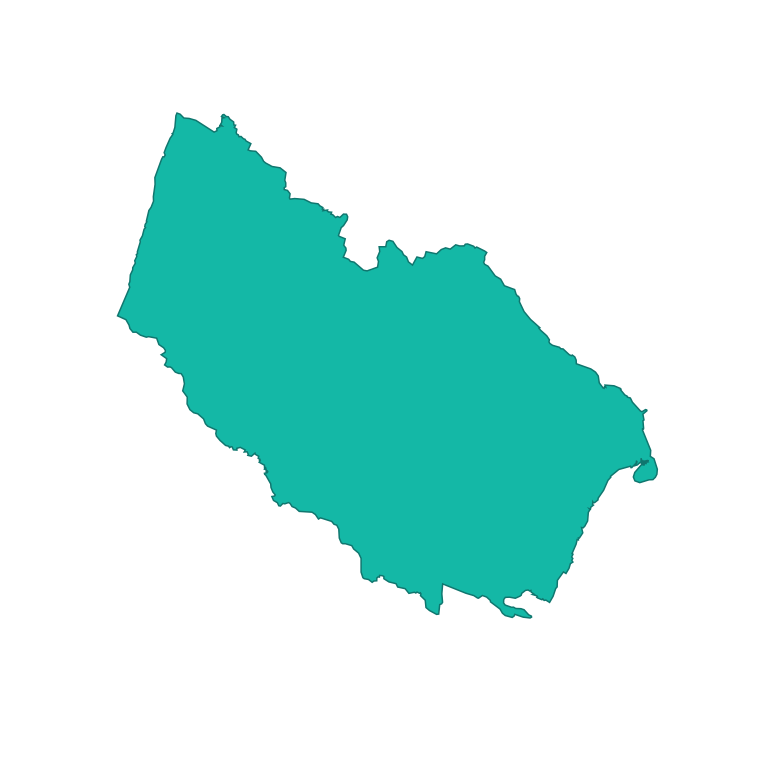 outline of Pamekasan, Jawa Timur, Indonesia, rotated 290°
{"feature_id": "22746128B37926964335633", "entity_name": "Pamekasan", "entity_type": "district", "adm_level": 2, "iso_a3": "IDN", "parent_name": "Indonesia", "parent_adm1": "Jawa Timur", "projection": "natural_earth1", "projection_center": [113.504, -7.071], "detail": "fine", "context": "isolated", "style": "filled", "palette": "teal", "viewbox_px": 768, "rotation_deg": 290, "n_neighbors": 0, "source": "geoboundaries", "source_scale": "gbopen_adm2", "svg_char_len": 6159}
<svg xmlns="http://www.w3.org/2000/svg" viewBox="0 0 768 768"><g transform="rotate(290 384 384)"><path d="M567.8,96.8L564.9,96.7L553.7,99.7L547.7,100.0L546.8,99.3L546.2,100.2L541.9,99.0L531.6,98.3L526.2,98.3L524.3,100.1L522.2,99.7L521.9,98.5L519.2,98.1L499.6,98.1L493.3,100.6L481.1,103.2L477.0,104.9L470.4,104.7L466.7,103.7L455.7,105.0L455.3,105.7L452.3,105.0L450.0,105.4L449.4,106.4L447.4,105.6L440.6,106.3L435.7,105.5L434.2,106.4L423.8,107.0L422.2,107.8L420.9,107.0L419.3,108.1L414.6,107.6L412.5,109.0L407.4,108.1L405.2,108.8L399.8,108.3L393.2,110.2L390.5,110.1L387.9,112.0L356.9,110.3L356.2,119.5L352.1,124.3L349.2,126.3L346.8,130.4L348.0,133.5L346.6,138.4L346.7,144.6L348.0,146.6L349.3,154.7L344.1,159.0L342.7,164.5L340.9,167.0L339.0,167.5L335.3,164.6L333.5,171.1L330.0,171.8L326.9,171.3L325.9,174.8L326.9,177.3L326.6,178.9L323.8,183.8L323.7,187.4L324.4,189.9L321.9,193.0L315.9,196.4L308.7,197.2L304.4,203.6L297.9,205.8L293.5,210.4L291.9,215.0L292.3,219.2L289.5,226.4L285.6,229.8L284.1,232.6L283.4,242.3L279.9,242.9L277.7,244.4L274.9,249.2L272.1,256.1L272.4,259.3L271.4,260.6L272.8,261.7L272.9,262.9L270.6,265.0L271.6,268.4L273.2,267.7L275.3,270.6L274.6,276.2L272.3,275.9L273.5,278.5L271.6,280.5L270.4,280.4L270.8,284.1L274.9,286.4L273.9,287.2L273.2,291.0L271.1,291.2L270.8,293.2L269.8,293.0L269.5,293.9L267.8,293.4L266.8,299.4L263.9,300.6L264.9,301.2L264.5,301.8L263.1,301.0L263.1,302.7L261.3,303.3L262.4,304.2L261.8,304.8L260.6,304.5L259.2,302.2L258.3,302.8L257.9,304.1L251.4,311.7L248.1,313.2L244.5,316.5L242.6,319.7L241.3,319.5L239.9,317.1L236.8,320.0L236.0,324.4L233.6,326.8L233.9,328.4L237.1,329.8L237.5,331.8L239.9,334.8L239.7,336.5L237.4,339.5L237.2,343.3L235.3,347.9L238.9,360.1L237.9,364.2L234.7,368.6L236.5,370.1L237.0,381.8L235.1,385.0L235.2,387.9L232.1,391.2L223.9,394.7L220.2,398.1L219.8,399.9L220.7,402.2L221.1,409.0L218.6,411.9L216.4,418.0L212.3,422.1L199.4,426.8L194.8,430.4L194.3,432.0L195.0,436.3L193.6,440.7L195.4,441.9L196.6,444.5L199.2,443.6L200.7,444.4L201.0,445.7L202.6,445.3L203.3,448.0L203.1,449.7L201.0,450.5L199.7,456.3L200.5,463.6L197.9,466.3L198.9,473.9L195.8,479.0L198.7,483.8L198.5,485.4L199.8,486.2L199.5,489.0L200.2,489.6L199.4,490.5L197.6,490.7L194.9,496.7L188.3,499.9L186.7,504.2L185.5,512.2L186.5,514.1L195.8,511.8L197.1,513.3L198.9,513.7L206.6,510.1L216.2,507.5L215.4,532.5L215.9,540.8L214.9,545.0L215.1,546.1L218.9,548.8L218.9,553.3L217.0,557.9L215.7,558.6L212.2,570.0L209.1,573.7L207.9,577.1L208.5,584.3L210.3,585.6L212.3,585.7L212.5,594.5L214.1,601.3L215.4,602.4L216.3,601.9L216.6,598.9L219.8,592.8L219.7,589.5L218.1,584.5L218.6,582.1L217.8,580.2L217.7,573.5L219.1,571.3L222.4,570.2L225.0,571.0L226.6,574.8L227.6,580.7L231.1,584.3L232.5,585.2L234.4,585.0L238.5,587.6L239.7,589.9L239.3,591.9L240.2,592.6L238.8,593.5L237.8,596.9L237.0,595.8L237.2,600.1L236.8,600.8L235.8,600.5L235.5,601.6L235.3,606.2L236.4,606.7L235.4,608.5L236.3,610.0L235.4,614.3L242.3,615.5L250.5,615.3L252.5,616.1L258.8,614.1L268.8,616.9L268.2,619.8L274.1,620.9L278.9,620.6L281.3,622.4L282.5,620.8L284.6,621.1L285.6,619.5L288.7,619.8L288.9,618.7L299.2,619.3L303.9,618.7L304.0,620.0L305.9,619.3L306.1,620.3L312.1,621.7L316.7,618.7L316.9,620.3L319.0,621.3L324.9,622.2L333.3,619.9L336.4,620.5L337.0,619.5L337.0,620.8L339.0,620.5L341.8,622.2L342.0,621.2L344.7,620.5L344.0,621.4L344.6,622.5L348.2,624.7L350.0,624.3L359.2,626.7L370.0,627.4L374.0,629.0L374.7,628.4L384.0,633.9L391.1,643.8L389.9,644.7L390.2,645.4L395.2,647.7L397.0,648.1L398.2,647.2L397.4,648.4L393.3,648.0L394.6,649.7L399.0,652.1L402.2,651.0L400.1,652.5L397.5,652.5L400.4,653.7L400.1,654.3L402.3,657.8L402.4,659.1L399.4,654.2L399.0,654.2L400.9,657.5L400.8,658.2L399.4,655.9L398.8,658.1L398.8,655.5L397.8,654.1L397.9,656.5L397.2,654.9L396.9,656.7L396.4,653.6L386.7,649.9L381.9,650.1L378.8,652.9L378.8,658.1L384.6,665.8L386.1,669.4L389.2,670.9L392.5,671.3L397.4,670.0L406.1,663.3L407.1,659.0L412.9,657.3L429.1,642.7L430.3,642.3L430.4,643.2L431.2,643.1L438.0,639.9L439.1,640.6L444.2,637.6L448.8,640.2L449.5,639.7L449.4,638.5L446.2,635.9L446.3,634.2L451.9,623.6L455.1,620.3L454.9,617.2L455.7,616.7L456.1,614.0L459.5,608.2L460.2,608.5L460.7,607.4L461.0,600.8L458.6,592.1L456.8,593.5L456.9,592.1L455.2,592.3L455.2,591.2L458.7,585.9L464.8,582.6L467.5,578.7L468.9,573.2L468.8,557.8L472.2,556.4L474.7,554.0L475.6,551.0L474.7,550.4L474.9,548.0L478.2,540.3L477.6,538.1L478.5,536.3L478.0,529.2L478.8,526.0L480.0,524.6L482.1,524.3L485.0,520.4L488.1,512.7L489.5,510.4L490.2,511.1L494.8,499.6L499.9,490.9L507.6,483.1L510.6,482.3L512.4,480.4L512.2,479.3L513.8,477.2L517.4,474.5L517.5,463.5L522.4,457.8L523.6,451.5L530.3,441.5L530.9,437.6L532.5,436.0L535.2,436.1L538.4,434.9L542.7,435.6L543.4,433.1L544.4,424.2L542.9,423.0L544.1,421.2L544.2,414.7L543.2,412.6L541.2,412.1L539.6,407.9L539.3,403.8L533.4,400.1L533.0,395.3L529.9,391.8L524.3,388.9L522.7,378.3L517.6,378.7L515.2,377.2L514.6,371.5L505.5,370.1L507.1,365.2L511.0,361.8L512.1,358.1L514.6,355.6L516.7,349.5L521.1,343.6L520.8,339.6L518.6,337.9L513.6,338.7L511.3,332.5L507.0,334.7L500.2,334.4L497.3,336.9L491.6,338.0L484.5,329.4L483.9,325.8L488.3,314.2L487.7,310.5L489.1,308.1L489.2,302.4L496.6,302.7L498.7,301.7L500.6,298.7L507.2,297.9L507.4,291.6L508.0,290.4L516.3,290.3L519.0,291.8L525.6,293.3L528.7,292.7L530.7,290.7L529.8,287.8L525.4,285.6L525.5,283.0L523.9,281.6L525.6,277.8L525.4,276.0L527.5,276.0L526.7,272.9L527.1,271.6L528.2,271.5L526.0,267.4L527.6,267.6L527.3,266.2L528.9,266.2L529.5,262.8L530.8,260.4L529.3,253.7L530.2,245.8L527.7,236.6L525.6,232.5L526.5,231.5L530.6,230.7L532.9,227.1L532.6,223.7L534.4,223.1L535.8,224.2L539.4,222.9L541.5,221.1L549.2,219.6L551.6,212.4L550.1,204.4L551.2,197.1L552.1,194.7L555.2,191.3L558.8,183.9L557.4,178.7L557.5,176.2L564.3,176.7L565.2,171.3L566.5,169.5L566.3,168.2L567.7,165.0L566.8,163.2L568.3,161.9L568.5,160.1L569.7,159.1L573.1,158.6L573.8,155.6L576.4,156.0L576.1,154.3L578.8,153.1L580.1,148.7L581.9,146.2L581.4,144.3L582.5,141.4L581.7,140.3L579.7,139.8L579.5,142.6L578.4,140.8L574.4,142.0L572.0,141.6L571.1,143.6L570.6,141.3L569.4,141.7L566.9,139.5L564.9,140.4L562.6,138.2L567.4,117.0L566.9,110.1L565.5,105.0L567.8,100.2L567.8,96.8Z" fill="#14b8a6" stroke="#0f766e" stroke-width="1.5"/></g></svg>